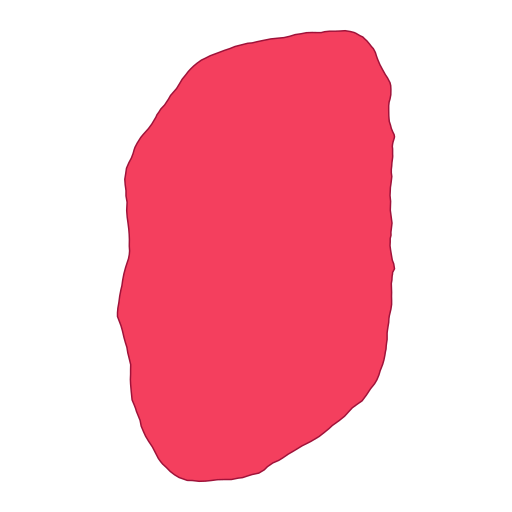 the district of South Nilandhoo, Maldives
{"feature_id": "70690204B67340170019172", "entity_name": "South Nilandhoo", "entity_type": "district", "adm_level": 2, "iso_a3": "MDV", "parent_name": "Maldives", "parent_adm1": "", "projection": "orthographic", "projection_center": [72.94, 2.835], "detail": "fine", "context": "isolated", "style": "filled", "palette": "rose", "viewbox_px": 512, "rotation_deg": 0, "n_neighbors": 0, "source": "geoboundaries", "source_scale": "gbopen_adm2", "svg_char_len": 3094}
<svg xmlns="http://www.w3.org/2000/svg" viewBox="0 0 512 512"><path d="M199.1,481.3L205.4,481.1L211.3,480.5L217.3,479.7L224.9,479.5L231.4,479.5L238.3,478.1L242.6,477.6L247.1,476.1L252.2,474.5L258.8,473.1L264.3,469.8L267.5,466.6L272.9,462.9L278.7,460.4L282.6,458.0L288.1,454.2L294.1,450.7L302.3,445.7L310.7,441.5L319.1,436.5L324.7,432.1L329.2,428.4L332.3,425.5L339.4,420.4L344.6,416.2L348.6,411.8L352.3,407.8L357.5,404.0L362.1,400.8L366.5,394.9L370.5,388.8L374.6,383.7L376.9,379.8L378.9,375.0L380.2,370.6L381.4,367.6L382.7,364.2L383.9,360.0L384.8,355.6L385.4,351.8L386.0,349.1L386.2,345.8L386.6,342.7L387.1,339.4L387.1,336.9L387.1,333.1L387.4,330.6L388.0,326.6L388.7,322.5L388.9,318.7L389.3,315.9L390.9,309.2L391.6,304.5L391.6,300.0L391.5,296.3L391.6,292.5L391.3,283.5L391.9,280.1L392.0,277.8L392.2,275.5L392.5,274.2L392.6,272.4L394.5,268.8L393.7,263.8L392.3,260.2L391.5,255.6L390.6,250.2L390.0,245.7L390.2,242.0L390.2,238.5L391.0,235.3L390.9,232.2L391.3,229.1L392.0,223.1L391.3,217.8L390.3,210.2L390.6,201.3L390.0,195.5L390.2,191.8L390.4,187.4L390.9,184.1L391.4,180.0L391.8,176.5L391.3,172.8L391.3,169.4L391.7,166.1L391.9,162.9L392.3,159.9L392.6,157.7L392.7,156.0L392.6,154.2L392.6,151.9L392.6,148.9L392.3,146.4L392.6,144.0L393.1,141.7L393.5,140.5L394.2,138.2L394.5,136.8L394.1,134.6L392.8,132.0L391.3,128.4L390.5,125.2L389.3,121.5L389.0,118.6L388.8,115.8L388.7,110.0L388.7,105.6L389.1,102.1L390.0,99.0L390.8,94.8L390.9,89.5L390.7,85.6L390.0,82.7L387.5,77.9L385.3,74.6L382.3,69.2L381.2,67.1L379.9,64.7L377.7,59.5L376.5,56.2L375.4,52.6L374.4,50.6L373.3,48.6L371.4,46.5L369.4,43.9L366.9,40.9L364.7,38.9L362.8,37.0L360.0,35.7L355.9,33.3L354.1,32.5L350.2,31.5L345.1,30.7L340.4,31.0L335.6,31.2L329.6,31.2L324.7,31.7L321.2,32.6L317.3,32.6L312.0,32.5L306.5,32.7L300.8,33.8L295.2,34.6L289.7,36.3L284.0,37.6L277.8,38.2L270.9,38.9L262.9,40.5L257.1,41.7L252.2,42.9L247.6,43.3L241.3,44.9L235.0,46.5L229.8,48.6L224.4,50.4L218.6,52.6L210.3,55.7L205.0,58.4L201.4,60.1L197.2,63.1L193.7,66.0L190.7,68.9L188.3,71.5L185.7,74.9L182.2,79.2L179.3,84.1L176.6,88.5L173.4,92.2L170.6,95.4L168.5,99.1L167.1,101.2L164.6,105.0L162.8,106.9L160.9,108.9L158.9,112.1L157.0,114.7L155.9,117.2L151.8,124.1L148.3,128.8L143.1,134.6L140.8,137.4L137.2,143.1L135.0,147.3L134.1,149.9L133.1,153.5L131.4,158.0L128.9,162.7L126.5,168.2L125.7,173.7L124.8,179.3L125.2,184.7L126.0,190.6L126.0,195.9L127.1,202.2L126.7,210.5L127.2,217.1L128.0,222.8L128.8,229.2L129.2,234.3L129.4,239.5L129.3,246.1L129.6,250.9L129.3,254.6L128.5,258.7L127.1,262.9L125.6,267.5L123.9,273.9L122.7,280.1L121.9,285.8L120.9,289.9L119.7,296.2L118.9,302.4L117.9,308.1L117.5,312.7L117.5,316.5L121.0,325.7L122.4,330.6L124.0,337.5L125.5,342.9L126.9,347.3L127.8,352.8L129.0,357.6L130.7,364.6L130.6,369.8L130.6,374.3L130.4,379.5L130.6,384.0L131.2,391.1L131.6,395.0L132.1,399.9L134.3,405.1L135.6,408.5L136.4,411.2L140.1,420.4L141.2,426.1L143.5,431.6L145.6,436.2L148.6,441.2L152.4,446.9L155.4,452.7L158.4,458.5L160.7,461.7L162.7,464.1L166.4,467.5L170.3,471.5L174.6,474.8L179.1,477.5L187.3,480.4L192.3,480.5L199.1,481.3Z" fill="#f43f5e" stroke="#9f1239" stroke-width="1.5"/></svg>